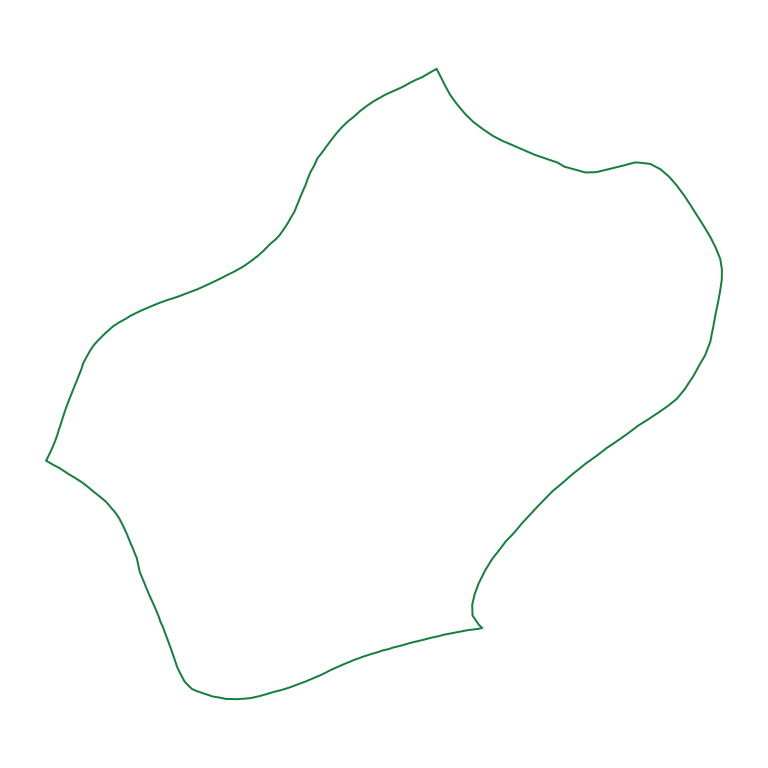 the district of Amd, Hadramawt, Yemen
{"feature_id": "15242507B45832769830873", "entity_name": "Amd", "entity_type": "district", "adm_level": 2, "iso_a3": "YEM", "parent_name": "Yemen", "parent_adm1": "Hadramawt", "projection": "albers", "projection_center": [47.902, 15.341], "detail": "fine", "context": "isolated", "style": "outline", "palette": "green", "viewbox_px": 768, "rotation_deg": 0, "n_neighbors": 0, "source": "geoboundaries", "source_scale": "gbopen_adm2", "svg_char_len": 4241}
<svg xmlns="http://www.w3.org/2000/svg" viewBox="0 0 768 768"><path d="M436.6,68.9L434.0,70.3L428.7,73.3L422.5,77.0L418.9,78.6L416.4,79.6L410.3,82.6L405.7,85.2L400.7,87.8L392.3,91.5L384.3,95.2L379.2,98.2L377.8,98.9L372.1,102.3L369.9,103.8L366.7,106.0L364.0,108.1L360.2,110.9L358.3,112.6L353.6,116.9L350.1,119.7L347.5,121.8L345.4,123.8L341.3,127.8L336.3,133.5L334.6,135.7L331.3,139.9L327.6,144.9L326.2,146.7L322.4,152.0L319.4,155.8L317.3,158.4L314.6,164.8L311.9,169.6L310.7,171.6L309.4,174.8L307.5,179.2L305.6,184.9L303.2,190.2L302.3,192.4L300.8,195.9L298.9,200.6L298.5,201.6L296.5,206.5L295.4,209.3L294.5,211.5L291.8,216.0L287.5,223.6L285.9,226.1L284.8,227.7L279.8,234.9L275.9,239.1L269.8,244.3L269.6,244.5L263.6,250.7L258.2,255.6L256.7,256.7L251.3,260.9L243.3,266.5L240.6,268.0L234.8,271.3L225.7,275.8L220.7,278.4L218.8,279.3L215.3,281.0L209.2,283.9L205.7,285.5L203.5,286.5L197.8,289.1L193.1,290.9L192.0,291.3L185.9,293.6L179.4,296.1L175.7,297.4L172.9,298.3L169.3,299.4L166.9,300.2L160.0,302.7L153.5,305.3L147.4,307.9L141.3,310.5L135.9,313.1L130.6,315.7L125.2,319.1L120.4,321.7L119.1,322.4L117.6,323.4L113.3,326.1L109.5,329.5L107.7,331.1L105.6,332.9L103.0,335.5L98.7,339.7L94.4,344.5L93.7,345.3L91.7,348.3L90.6,349.8L86.7,356.7L85.3,359.3L83.2,363.1L81.2,369.6L79.2,374.5L76.9,380.4L76.1,382.5L74.4,386.4L74.1,387.0L73.7,388.2L70.6,396.1L69.0,400.0L68.6,401.1L67.4,404.3L66.6,406.4L66.2,407.4L64.6,412.1L62.6,418.2L61.7,421.1L60.7,424.2L58.7,430.3L58.2,431.9L57.1,435.6L55.1,441.0L53.1,445.9L50.8,451.2L48.4,456.1L47.6,457.7L46.1,460.7L54.3,465.4L59.6,468.1L67.2,473.2L75.0,477.9L81.8,482.2L85.4,484.9L87.8,486.8L93.8,491.9L94.9,492.7L100.2,496.9L106.2,501.9L111.4,508.1L115.1,512.3L118.9,517.8L122.9,525.4L127.0,534.3L128.0,536.9L128.8,538.9L129.8,541.2L131.0,544.3L132.8,548.2L133.2,549.2L135.0,553.9L136.4,557.2L136.9,558.4L137.2,559.9L137.9,563.4L139.7,571.8L140.2,573.1L143.4,580.7L144.3,582.9L145.2,585.3L148.9,594.1L152.9,602.9L155.1,607.9L158.8,616.7L160.6,622.1L162.8,626.7L164.6,631.7L166.7,637.3L167.9,640.5L169.8,645.7L170.9,648.6L172.4,652.9L173.8,657.0L177.4,667.7L180.0,672.9L181.1,675.0L184.4,681.2L185.4,682.4L188.2,685.4L191.9,688.9L197.2,691.3L200.0,692.2L204.3,693.7L208.7,695.1L212.7,696.5L220.2,697.7L224.2,698.6L225.9,698.9L230.8,699.0L234.4,699.1L237.7,699.1L240.7,698.9L243.4,698.8L250.6,698.1L258.6,696.3L260.8,695.7L266.6,694.1L273.8,691.9L281.1,690.1L288.3,687.9L293.3,686.1L298.2,684.2L306.7,681.1L307.0,680.9L315.4,677.3L320.0,675.4L324.6,673.2L329.6,670.6L333.4,668.8L334.5,668.3L339.5,666.1L344.5,663.9L349.0,662.1L354.4,659.8L359.3,658.1L363.5,656.5L366.7,655.5L372.7,653.6L377.1,652.4L378.0,652.1L383.0,650.3L383.9,650.1L388.3,649.2L391.6,648.1L393.6,647.4L399.7,646.0L406.2,644.1L409.8,643.1L412.7,642.3L418.8,640.9L424.9,639.4L431.7,637.6L438.6,636.2L443.6,634.8L445.4,634.4L451.5,633.3L456.1,632.4L456.9,632.2L462.6,631.2L465.4,630.6L466.0,630.5L468.3,630.1L474.0,629.4L476.5,629.1L479.3,628.7L482.0,627.8L478.8,624.7L473.8,617.4L472.5,615.5L472.3,607.4L472.2,604.8L473.3,600.0L474.7,594.1L478.6,583.5L483.8,573.1L485.2,570.2L486.4,568.4L492.2,558.9L495.2,555.1L498.8,550.6L505.7,541.5L510.7,536.3L515.0,531.7L517.6,528.6L521.9,523.4L529.6,515.1L532.5,512.0L536.9,507.2L544.2,499.7L552.3,491.4L562.3,483.1L573.0,473.7L578.4,469.5L585.7,463.6L592.8,458.5L597.2,455.4L600.9,452.5L606.4,448.2L613.2,443.7L618.6,440.0L630.1,431.8L638.5,425.4L649.3,418.7L652.3,416.6L658.8,412.3L663.4,409.1L668.4,405.6L672.6,402.2L676.8,398.8L683.3,390.9L684.6,389.4L685.9,387.3L693.1,376.5L698.2,367.3L698.9,365.9L705.1,355.3L710.3,341.7L712.1,332.4L713.1,327.6L714.2,321.7L715.6,313.9L718.0,302.5L720.1,291.1L721.7,280.4L721.8,278.4L721.9,269.3L721.3,265.5L720.2,258.7L715.4,247.1L710.6,237.5L709.4,235.5L704.0,226.4L696.6,214.8L690.3,204.8L687.7,200.9L684.0,195.2L682.0,192.6L676.5,185.2L672.4,180.5L669.1,176.7L660.5,169.3L652.9,165.3L650.3,163.9L640.5,162.8L639.0,162.6L634.7,162.5L622.4,165.8L596.5,172.1L585.6,172.5L564.2,166.6L557.6,162.6L545.8,158.6L534.5,154.7L525.5,150.8L523.6,150.0L512.6,145.2L502.5,140.9L492.7,135.8L483.5,129.5L482.9,129.2L481.2,127.9L473.2,121.8L465.3,114.1L456.8,104.0L450.1,94.8L447.6,90.2L444.9,85.2L441.6,78.7L440.1,75.6L436.6,68.9Z" fill="none" stroke="#15803d" stroke-width="2"/></svg>